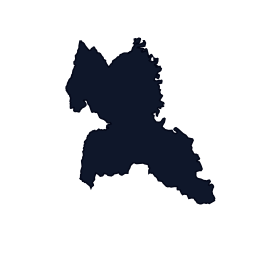 Ntsupe, Qacha's Nek, Lesotho, rotated 251°
{"feature_id": "5366337B15703644997437", "entity_name": "Ntsupe", "entity_type": "district", "adm_level": 2, "iso_a3": "LSO", "parent_name": "Lesotho", "parent_adm1": "Qacha's Nek", "projection": "orthographic", "projection_center": [28.725, -29.92], "detail": "fine", "context": "isolated", "style": "filled", "palette": "ink", "viewbox_px": 256, "rotation_deg": 251, "n_neighbors": 0, "source": "geoboundaries", "source_scale": "gbopen_adm2", "svg_char_len": 5867}
<svg xmlns="http://www.w3.org/2000/svg" viewBox="0 0 256 256"><g transform="rotate(251 128 128)"><path d="M96.6,185.4L98.9,181.5L102.3,180.3L104.7,178.2L110.4,175.1L112.6,173.5L112.7,172.5L111.9,171.1L110.9,171.3L108.4,173.3L107.6,173.0L107.1,171.3L108.6,169.3L111.4,168.8L112.4,165.4L114.4,162.4L116.0,161.7L117.5,160.6L118.1,160.6L119.3,161.4L121.7,164.2L124.7,166.0L125.4,165.6L125.3,164.1L123.2,161.3L123.2,159.3L124.5,156.5L127.9,155.4L129.3,155.4L131.2,156.6L133.2,155.3L133.9,155.6L133.9,157.6L134.7,158.7L134.3,159.3L133.0,159.7L130.3,159.0L129.8,159.6L131.7,160.8L133.0,162.6L134.4,163.1L136.0,162.2L137.0,162.4L137.5,163.8L136.5,164.4L136.0,165.2L137.3,165.9L136.9,169.2L137.7,168.0L139.3,168.8L139.3,169.8L140.4,169.8L142.3,167.7L144.0,166.9L147.2,171.0L148.0,170.8L149.1,169.6L151.9,169.6L153.5,171.0L153.9,170.7L154.0,170.2L154.7,170.0L157.5,171.2L159.3,170.3L159.9,171.1L159.7,172.8L159.9,173.8L159.6,174.3L161.5,175.4L162.1,175.3L162.1,174.4L163.0,172.4L162.9,170.7L164.0,168.7L164.5,168.3L166.5,169.4L167.2,170.4L166.8,171.4L166.0,171.6L165.1,172.5L165.2,173.0L165.9,173.8L167.8,174.8L168.9,173.9L168.6,172.1L168.9,171.9L171.1,174.5L171.5,177.1L171.9,177.8L173.3,178.8L174.2,178.3L175.8,178.3L175.9,177.1L176.4,176.2L176.1,175.1L176.4,174.5L176.8,174.5L177.3,175.7L179.0,173.7L179.5,174.0L179.5,174.7L179.1,175.0L179.8,176.5L181.4,177.8L183.8,178.8L184.2,178.4L184.2,176.8L185.7,175.3L183.7,174.8L182.2,176.0L181.7,175.9L182.6,173.8L182.7,171.7L183.7,171.6L184.3,170.2L185.0,170.0L185.5,171.5L187.3,172.3L187.6,173.2L187.6,174.6L189.6,174.2L189.9,173.8L189.1,171.8L187.7,171.9L187.9,170.6L196.1,171.4L196.9,171.0L196.9,170.2L196.4,169.3L195.0,169.3L195.2,166.2L195.6,165.8L196.5,165.8L196.8,168.5L197.9,168.5L198.3,168.0L199.1,165.4L200.0,164.8L200.9,163.1L201.2,163.5L201.2,164.8L200.7,166.0L200.0,170.5L202.7,172.2L205.1,171.9L205.4,171.1L204.2,171.0L203.6,170.0L203.3,167.7L203.5,166.2L204.5,165.1L204.8,163.5L205.1,163.5L205.3,164.2L204.9,164.7L204.8,165.4L205.7,167.2L206.7,167.5L207.4,168.4L208.5,168.7L209.4,167.5L209.0,165.2L209.9,164.3L210.0,162.9L209.1,162.6L208.5,163.4L208.2,163.3L206.0,160.7L204.9,161.8L203.6,160.8L203.5,160.1L202.8,159.8L202.7,158.9L199.3,156.4L199.5,154.7L199.2,154.5L199.0,153.8L198.5,153.7L198.5,153.2L198.9,153.3L199.1,152.9L198.4,152.1L199.1,151.4L199.9,149.2L200.1,147.7L199.7,146.0L199.8,144.5L198.8,143.6L198.2,142.4L198.5,141.3L197.4,139.5L196.4,135.6L194.1,134.0L193.9,132.7L192.0,130.2L191.9,129.5L195.9,128.4L198.7,128.3L199.2,128.7L200.8,127.1L202.9,127.3L204.2,126.6L207.1,126.0L208.1,125.3L209.1,123.4L211.9,123.4L212.7,122.7L215.3,122.4L215.6,122.0L215.6,121.5L214.9,120.3L215.0,119.5L213.7,118.0L214.1,116.3L219.5,114.3L222.0,113.9L223.5,113.1L224.0,112.2L225.3,112.2L225.8,110.9L221.8,108.6L219.4,107.7L217.6,105.8L215.9,105.2L214.7,103.9L213.5,101.9L210.3,101.1L208.6,99.8L208.1,98.5L206.0,97.9L204.7,98.8L204.0,98.6L203.3,97.4L202.1,96.7L200.4,94.9L196.7,92.9L196.7,92.4L195.0,91.2L194.4,91.3L194.2,90.6L193.8,90.5L193.5,89.3L192.5,87.8L190.6,86.5L190.7,86.1L190.2,86.0L190.0,85.5L188.1,84.4L187.0,82.9L185.3,82.3L184.9,82.6L183.8,82.0L183.2,82.6L182.7,82.7L182.3,82.2L181.1,82.8L179.6,82.8L178.3,83.7L177.1,83.4L176.2,83.6L174.6,83.4L172.0,81.9L170.7,82.1L169.6,81.2L168.5,81.4L167.8,80.8L165.7,80.1L165.3,80.3L165.1,83.3L164.6,83.5L162.0,82.4L161.6,82.6L160.8,83.3L160.5,84.8L159.2,86.9L159.4,87.6L160.4,88.3L162.0,91.1L162.4,94.0L163.2,95.5L163.9,95.9L165.0,96.0L168.3,94.9L168.6,95.3L168.1,97.8L166.7,98.3L163.6,98.1L161.8,99.0L155.0,99.0L154.5,99.7L154.6,101.2L153.5,102.2L153.0,103.6L152.4,104.3L147.3,104.7L146.0,105.6L143.9,108.2L141.5,109.7L140.1,110.0L139.1,111.1L138.8,113.1L137.4,113.4L137.2,111.9L137.5,110.3L137.2,108.9L135.4,108.0L135.0,109.5L134.2,109.8L133.9,109.6L134.3,108.5L133.2,106.1L134.0,105.3L134.1,103.2L134.9,102.5L134.7,101.7L136.4,99.9L135.6,98.1L135.4,96.9L135.7,96.0L136.4,95.9L136.6,95.3L136.5,94.2L136.7,93.4L136.1,92.6L136.1,91.0L135.7,90.2L133.9,88.6L134.0,87.9L133.7,87.3L133.2,87.2L131.9,86.0L131.0,86.0L129.2,82.6L128.1,82.1L127.4,82.9L126.1,81.0L124.4,80.7L123.9,79.8L123.1,79.3L121.6,79.4L120.3,77.6L117.9,77.5L116.8,77.0L116.2,77.2L115.2,75.8L113.8,75.4L112.1,73.5L106.4,72.2L103.0,69.7L101.5,69.1L100.6,69.3L99.3,68.1L96.4,67.0L95.8,66.2L94.9,66.6L94.7,67.5L92.4,67.8L92.0,68.8L90.7,69.4L90.2,70.7L88.9,71.2L85.5,73.3L83.2,73.4L84.2,74.3L85.0,76.5L86.2,76.8L87.5,76.4L88.2,76.6L90.1,79.5L92.5,80.2L96.0,83.0L93.6,85.2L92.2,85.6L91.4,86.3L91.2,88.4L91.9,89.6L92.9,90.5L92.9,90.9L91.2,93.1L89.8,93.7L88.2,96.7L88.7,99.1L89.4,99.6L88.8,102.8L89.1,104.6L87.0,105.3L85.7,106.5L85.5,107.1L86.3,110.3L85.3,113.1L87.6,114.2L89.8,116.7L91.4,117.8L92.2,118.9L93.4,121.7L93.2,122.7L92.0,123.9L91.5,124.8L90.0,130.9L88.7,132.2L87.2,134.9L86.4,135.2L85.4,135.2L84.5,134.8L83.5,135.5L82.8,135.4L81.2,134.0L78.4,133.0L78.7,134.1L77.6,135.7L77.4,136.8L73.6,137.9L72.8,138.7L71.1,139.4L68.3,139.6L66.8,142.4L66.1,143.1L64.5,143.4L60.5,145.3L59.5,146.6L59.4,147.9L58.2,149.6L57.7,152.6L56.7,155.4L55.9,155.5L54.3,154.7L53.6,154.7L53.0,156.4L52.4,157.1L49.3,157.3L47.3,157.9L47.3,159.5L46.0,162.3L41.6,162.6L41.3,165.3L40.2,167.7L38.3,167.9L37.1,168.6L34.7,169.2L32.9,171.5L32.5,173.1L32.7,174.3L32.6,175.3L32.1,176.5L31.4,177.3L31.3,179.2L30.2,180.3L31.3,186.1L32.1,186.0L32.9,186.9L33.6,187.0L36.1,186.7L37.2,186.2L40.7,186.6L43.3,188.4L44.4,189.6L45.4,189.8L46.8,189.4L47.5,188.8L47.7,188.3L47.2,186.2L47.8,185.7L49.5,186.7L50.6,188.3L52.1,188.1L52.4,186.9L52.2,185.2L53.0,184.0L53.6,182.5L55.8,180.3L57.3,177.8L58.9,176.5L61.0,176.5L63.5,177.5L64.2,177.3L64.7,178.7L64.6,181.7L64.0,183.3L65.1,184.7L68.7,184.7L72.7,184.3L73.8,182.4L74.2,182.3L74.8,182.5L75.4,185.2L75.9,185.6L78.9,184.9L79.6,185.2L80.9,184.0L81.1,183.1L82.3,181.5L84.0,181.5L86.5,180.8L88.8,182.0L90.5,181.7L91.1,181.9L95.2,185.6L96.6,185.4Z" fill="#0f172a" stroke="#020617" stroke-width="1.5"/></g></svg>